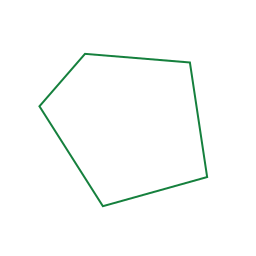 Kagan, Bukhoro, Uzbekistan, rotated 19°
{"feature_id": "79887680B8503255979419", "entity_name": "Kagan", "entity_type": "district", "adm_level": 2, "iso_a3": "UZB", "parent_name": "Uzbekistan", "parent_adm1": "Bukhoro", "projection": "natural_earth1", "projection_center": [64.547, 39.674], "detail": "fine", "context": "isolated", "style": "outline", "palette": "green", "viewbox_px": 256, "rotation_deg": 19, "n_neighbors": 0, "source": "geoboundaries", "source_scale": "gbopen_adm2", "svg_char_len": 233}
<svg xmlns="http://www.w3.org/2000/svg" viewBox="0 0 256 256"><g transform="rotate(19 128 128)"><path d="M218.8,148.6L165.2,45.9L63.2,71.9L37.2,136.3L129.7,210.1L218.8,148.6Z" fill="none" stroke="#15803d" stroke-width="2"/></g></svg>